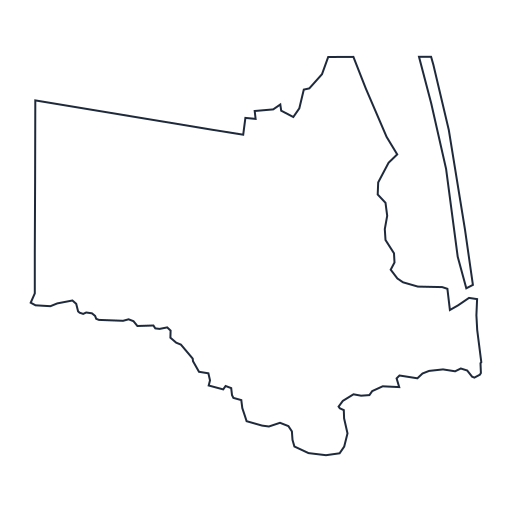 the district of Cameron, Texas, United States of America
{"feature_id": "52423323B19813922549461", "entity_name": "Cameron", "entity_type": "district", "adm_level": 2, "iso_a3": "USA", "parent_name": "United States of America", "parent_adm1": "Texas", "projection": "orthographic", "projection_center": [-97.444, 26.124], "detail": "fine", "context": "isolated", "style": "outline", "palette": "slate", "viewbox_px": 512, "rotation_deg": 0, "n_neighbors": 0, "source": "geoboundaries", "source_scale": "gbopen_adm2", "svg_char_len": 1718}
<svg xmlns="http://www.w3.org/2000/svg" viewBox="0 0 512 512"><path d="M35.3,100.4L35.1,182.4L34.8,251.8L34.8,258.5L34.8,293.4L30.7,302.7L35.5,305.3L50.4,306.2L57.3,303.4L72.4,300.5L76.2,303.8L78.1,311.4L79.6,312.7L83.2,313.9L86.2,312.5L91.9,313.3L95.1,315.9L96.2,318.8L98.9,319.9L123.1,320.8L128.6,319.3L133.5,321.2L137.4,326.0L153.4,325.5L155.3,328.4L159.6,328.9L167.2,327.4L170.6,330.6L170.4,337.7L176.2,342.7L180.9,344.6L192.7,358.6L193.0,361.2L199.0,371.8L208.4,373.3L210.0,380.4L208.7,385.5L223.2,389.4L225.6,386.0L231.2,388.1L232.0,395.1L233.4,397.9L241.3,400.1L242.3,408.1L244.9,415.9L246.6,421.2L262.1,425.6L268.9,426.5L280.0,422.8L288.4,426.1L291.9,431.4L292.5,439.9L294.4,446.5L308.5,453.1L326.0,455.2L339.6,453.3L344.2,446.6L347.5,433.4L344.1,418.4L343.8,410.1L339.8,408.3L338.6,406.6L342.8,400.9L353.5,394.3L361.1,395.7L369.4,395.1L372.2,391.1L382.7,386.3L399.2,387.1L396.6,378.4L399.5,375.5L417.4,378.3L422.5,373.5L429.1,370.9L443.0,369.4L455.1,371.3L460.8,368.5L467.2,370.5L472.1,376.7L474.4,377.6L479.9,374.7L480.9,373.0L480.5,363.2L481.3,362.2L477.2,330.0L476.4,315.2L477.1,299.1L469.0,297.9L458.0,305.4L449.9,310.0L447.4,288.8L442.2,287.1L417.9,286.6L403.0,282.3L397.4,278.5L390.7,269.7L394.5,262.5L394.0,253.3L385.5,240.0L384.8,229.1L387.2,215.8L385.5,202.8L377.7,194.5L378.2,182.4L388.6,162.7L397.2,154.4L386.6,136.9L365.8,88.5L353.4,56.9L328.2,57.0L322.0,74.2L309.3,88.4L303.8,89.6L299.3,108.4L293.3,117.0L281.2,110.7L280.3,104.5L273.2,109.4L254.7,111.0L255.6,118.9L245.4,117.9L243.2,134.7L213.1,129.9L35.3,100.4ZM419.0,56.8L431.2,103.3L446.1,169.0L457.7,256.7L466.3,288.3L472.9,284.9L465.0,229.7L448.8,130.0L433.4,64.9L431.1,56.8L419.0,56.8Z" fill="none" stroke="#1e293b" stroke-width="2"/></svg>